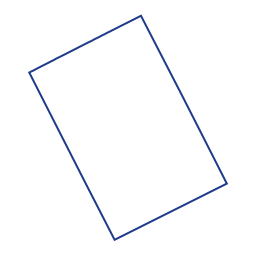 the district of Brookings, South Dakota, United States of America, rotated 243°
{"feature_id": "52423323B48184039909983", "entity_name": "Brookings", "entity_type": "district", "adm_level": 2, "iso_a3": "USA", "parent_name": "United States of America", "parent_adm1": "South Dakota", "projection": "equal_earth", "projection_center": [-96.535, 44.37], "detail": "fine", "context": "isolated", "style": "outline", "palette": "blue", "viewbox_px": 256, "rotation_deg": 243, "n_neighbors": 0, "source": "geoboundaries", "source_scale": "gbopen_adm2", "svg_char_len": 574}
<svg xmlns="http://www.w3.org/2000/svg" viewBox="0 0 256 256"><g transform="rotate(243 128 128)"><path d="M101.9,65.1L34.5,65.3L33.6,190.8L100.6,190.9L134.7,190.9L222.1,190.5L222.1,190.4L222.2,169.6L222.2,169.3L222.2,164.4L222.2,163.3L222.2,159.4L222.2,158.3L222.2,154.2L222.3,153.6L222.2,148.8L222.3,148.3L222.2,143.7L222.2,143.0L222.3,138.4L222.3,137.9L222.2,136.7L222.2,133.3L222.3,131.4L222.3,122.9L222.3,120.7L222.3,102.0L222.4,95.2L222.2,91.4L222.3,90.6L222.3,78.4L222.3,74.8L222.2,71.2L222.3,65.2L101.9,65.1Z" fill="none" stroke="#1e3a8a" stroke-width="2"/></g></svg>